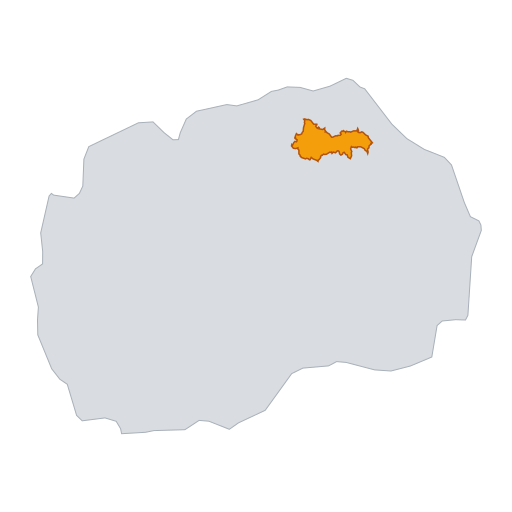 location of Kratovo, Rankovce, North Macedonia
{"feature_id": "65306769B16547433729319", "entity_name": "Kratovo", "entity_type": "district", "adm_level": 2, "iso_a3": "MKD", "parent_name": "North Macedonia", "parent_adm1": "Rankovce", "projection": "mercator", "projection_center": [22.15, 42.098], "detail": "fine", "context": "in_parent", "style": "filled", "palette": "amber", "viewbox_px": 512, "rotation_deg": 0, "n_neighbors": 0, "source": "geoboundaries", "source_scale": "gbopen_adm2", "svg_char_len": 2946}
<svg xmlns="http://www.w3.org/2000/svg" viewBox="0 0 512 512"><path d="M227.0,104.6L236.8,105.9L258.1,99.8L271.4,91.4L278.2,90.1L287.2,86.9L300.1,87.4L313.2,91.0L329.9,86.2L346.3,78.3L352.9,80.3L360.0,87.0L364.7,88.8L391.9,124.2L406.8,138.6L424.3,149.4L444.4,157.4L451.5,165.0L464.3,202.5L470.4,216.7L478.9,220.9L480.9,225.0L481.3,230.4L471.7,256.7L467.9,315.3L465.5,320.0L455.5,319.7L442.2,321.0L437.1,325.5L431.8,357.0L410.4,366.0L391.0,371.0L374.7,369.9L346.0,362.4L336.6,361.6L328.5,365.9L302.9,368.1L291.7,373.6L265.2,410.3L238.4,422.9L229.3,429.3L208.9,421.2L199.1,420.4L184.9,429.7L153.9,430.6L145.5,432.3L121.6,433.7L120.6,428.7L116.2,421.3L105.0,417.9L82.2,420.8L76.6,415.4L67.3,384.3L59.9,379.3L51.7,368.8L37.8,334.9L37.5,320.0L38.4,307.1L30.7,276.5L35.5,268.8L42.6,263.9L42.7,251.6L40.7,232.9L49.1,196.0L51.4,193.4L53.6,195.1L74.1,198.1L79.4,193.4L82.8,186.1L83.9,159.1L88.8,146.6L138.4,122.8L153.0,121.9L164.2,132.8L173.0,139.8L178.4,139.6L180.3,132.6L186.3,119.0L196.5,111.2L226.7,104.6L227.0,104.6Z" fill="#d9dde1" stroke="#a8b0b8" stroke-width="1"/><path d="M310.1,159.7L311.2,157.4L313.0,158.9L316.6,160.3L318.0,161.4L318.3,159.9L318.9,159.8L320.6,157.6L320.6,156.5L321.5,155.3L322.1,155.4L323.6,154.1L324.8,154.5L326.5,154.2L329.9,152.1L331.1,152.5L331.6,152.1L332.0,153.4L333.4,152.1L335.5,152.8L337.4,150.8L338.6,151.0L339.1,151.6L339.6,153.9L340.9,155.1L342.5,154.2L343.1,152.7L344.2,152.3L345.8,154.6L347.2,154.9L347.9,157.2L350.3,158.7L351.6,155.8L351.3,152.5L351.8,151.6L350.6,148.9L351.4,146.7L351.9,147.2L353.9,147.1L354.9,147.6L355.6,147.1L356.3,147.8L357.2,147.7L357.4,146.8L360.7,146.8L364.2,148.6L365.2,150.4L366.9,151.3L367.7,153.5L368.1,152.0L367.6,149.7L367.9,148.5L368.9,147.9L369.1,145.8L371.0,144.2L370.9,143.7L371.3,143.9L371.5,143.3L372.4,142.8L368.3,137.7L368.1,136.2L365.6,134.9L363.1,132.4L361.8,131.8L360.6,132.6L359.9,132.3L359.1,132.7L357.9,131.9L358.5,130.4L357.7,128.5L356.8,130.9L353.5,130.9L350.5,132.2L349.9,131.7L348.0,131.8L346.6,131.2L345.6,132.5L345.2,131.6L343.7,131.0L343.4,130.7L342.9,131.4L342.0,131.0L340.5,132.5L340.2,133.0L341.2,134.2L340.3,135.3L337.8,135.4L337.3,135.9L335.6,135.8L332.7,137.2L331.6,137.2L329.3,134.0L327.0,132.7L326.4,131.9L325.2,131.9L325.5,130.9L324.6,129.7L324.7,128.1L322.7,129.5L319.0,128.8L319.3,127.8L318.6,127.1L317.3,128.3L315.7,126.3L316.2,125.1L316.9,124.8L316.8,124.2L313.7,124.2L310.8,120.5L308.3,119.4L307.1,119.7L304.6,118.9L303.7,119.2L304.8,120.6L304.4,122.6L304.8,123.4L303.5,127.7L303.2,131.4L302.2,132.4L301.7,133.9L299.8,134.8L298.9,134.6L298.1,135.1L296.4,133.6L295.2,136.5L295.5,137.9L294.9,137.9L295.0,138.5L297.1,139.8L296.9,141.1L296.4,141.8L294.9,141.4L293.8,142.6L292.5,145.3L291.8,144.5L291.5,145.9L293.4,148.3L295.8,148.6L297.9,147.8L297.9,149.0L298.9,150.1L298.9,153.9L300.1,155.2L300.2,156.2L300.9,156.5L301.2,157.4L305.5,158.9L306.5,158.3L308.3,158.7L309.4,159.8L310.1,159.7Z" fill="#f59e0b" stroke="#b45309" stroke-width="1.5"/></svg>